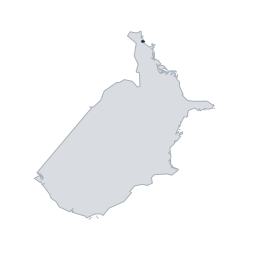 location of Sagadahoc, Maine, United States of America, rotated 283°
{"feature_id": "52423323B29513042802619", "entity_name": "Sagadahoc", "entity_type": "district", "adm_level": 2, "iso_a3": "USA", "parent_name": "United States of America", "parent_adm1": "Maine", "projection": "albers", "projection_center": [-69.847, 43.935], "detail": "fine", "context": "in_parent", "style": "filled", "palette": "slate", "viewbox_px": 256, "rotation_deg": 283, "n_neighbors": 0, "source": "geoboundaries", "source_scale": "gbopen_adm2", "svg_char_len": 4048}
<svg xmlns="http://www.w3.org/2000/svg" viewBox="0 0 256 256"><g transform="rotate(283 128 128)"><path d="M199.7,117.8L212.4,117.0L217.6,106.8L222.2,108.5L222.4,114.8L225.2,118.9L220.4,120.5L220.1,121.7L219.3,120.2L218.1,122.7L214.3,124.4L211.6,130.6L213.7,133.3L215.2,133.0L214.8,131.8L215.3,132.4L215.4,133.7L211.1,134.6L210.4,133.1L209.9,135.0L205.0,135.3L201.1,137.7L201.6,136.3L201.3,135.3L200.1,138.6L201.1,139.3L200.6,142.1L197.8,145.6L195.3,143.2L197.1,141.0L195.1,142.5L195.7,145.0L196.7,146.6L196.7,148.2L193.0,153.9L194.3,150.2L192.1,146.6L194.1,143.0L191.5,143.9L191.9,149.4L189.6,147.6L188.7,147.7L189.7,146.0L189.7,145.5L188.7,146.8L188.6,147.9L192.1,150.3L191.2,151.3L189.7,149.2L189.1,148.8L190.9,151.3L191.8,151.8L191.1,153.2L190.1,152.0L191.7,154.2L191.2,154.5L190.5,153.3L188.2,152.6L190.9,154.9L192.7,154.9L194.1,160.1L192.8,156.1L193.1,158.7L189.7,157.9L192.0,160.5L193.3,159.9L191.5,162.1L188.3,161.0L190.2,162.3L188.3,163.3L190.3,164.3L186.5,164.5L184.2,168.0L180.5,168.6L172.9,174.3L172.1,173.4L168.7,179.0L168.2,180.5L168.7,185.2L171.9,199.2L169.2,206.0L166.4,206.0L164.3,201.9L164.3,198.7L161.1,194.5L162.6,193.1L160.8,192.9L162.3,188.4L158.8,183.0L152.0,182.9L151.3,180.0L144.9,178.5L146.0,177.6L144.6,178.4L141.6,178.3L142.0,176.2L141.2,177.5L132.3,175.8L135.8,177.8L134.1,179.3L136.5,181.9L134.8,182.5L132.2,179.3L131.5,181.1L127.4,179.2L125.6,176.1L123.8,176.9L118.0,173.3L113.6,174.8L114.8,174.3L113.0,173.1L111.0,175.9L106.5,176.7L107.6,176.4L105.2,175.2L105.7,176.6L102.3,177.0L100.0,180.0L98.8,179.0L99.7,180.4L98.7,183.6L99.3,186.0L98.2,186.3L91.9,181.3L92.0,176.1L88.3,164.0L84.8,162.0L79.8,164.1L76.4,159.8L76.4,154.8L73.0,147.3L66.6,144.1L65.7,145.9L55.5,140.7L45.9,127.8L37.3,123.4L38.1,119.8L36.5,114.7L31.1,107.9L32.5,105.8L33.4,92.7L34.3,91.9L34.5,93.9L35.2,91.4L37.7,92.9L33.2,90.0L35.7,78.7L39.8,74.8L42.4,68.8L46.0,66.4L53.6,57.4L55.3,59.2L53.5,57.1L56.0,55.0L55.3,54.4L57.9,48.1L62.0,52.7L59.0,54.8L62.0,53.9L60.2,56.2L58.6,55.9L59.3,56.6L60.9,56.3L63.0,54.1L64.3,49.5L139.3,87.9L139.9,86.3L140.6,89.5L148.9,95.2L158.7,96.5L170.1,107.1L170.3,109.3L174.3,113.5L174.5,121.8L170.0,127.9L171.3,130.3L184.4,126.7L184.3,123.6L185.5,123.2L192.3,123.6L199.7,117.8ZM206.4,136.8L208.5,136.5L200.9,138.2L207.2,136.0L206.4,136.8ZM63.0,52.0L62.6,54.0L62.4,54.2L62.3,52.4L63.0,52.0ZM99.4,185.4L99.4,182.2L100.0,180.7L99.6,182.4L99.4,185.4ZM220.9,120.7L220.8,121.7L220.5,121.5L220.9,120.7ZM125.4,177.0L125.4,177.7L124.9,177.0L125.4,177.0ZM32.1,112.1L33.1,112.3L32.1,112.1ZM31.4,111.3L30.9,111.5L30.8,110.9L31.4,111.3ZM213.0,134.7L212.4,135.3L212.3,135.2L213.0,134.7ZM101.0,179.4L100.1,180.5L102.2,178.5L101.0,179.4ZM171.0,194.6L171.6,197.4L170.9,194.3L171.0,194.6ZM34.9,116.7L34.9,117.6L34.9,116.7L34.9,116.7ZM169.6,206.4L168.6,207.1L170.2,205.6L169.6,206.4ZM194.2,161.8L193.3,162.8L194.2,160.3L194.2,161.8ZM63.3,50.3L63.0,50.7L62.9,50.3L63.3,50.3ZM105.6,177.1L104.0,177.3L105.7,177.0L105.6,177.1ZM215.0,135.0L215.0,135.7L214.4,135.5L215.0,135.0ZM33.8,118.4L33.6,119.3L33.6,118.4L33.8,118.4ZM103.5,177.6L102.8,177.8L103.5,177.4L103.5,177.6ZM196.3,149.3L195.3,150.7L196.5,148.8L196.3,149.3ZM113.0,175.2L112.0,175.4L113.5,174.9L113.0,175.2ZM168.7,179.8L168.4,180.8L168.4,180.1L168.7,179.8ZM190.6,164.5L190.3,164.7L191.2,164.0L190.6,164.5ZM154.4,183.2L153.2,183.5L152.7,183.3L154.4,183.2ZM141.2,178.0L140.4,177.9L141.2,178.0ZM163.0,198.6L163.1,199.4L162.8,198.4L163.0,198.6ZM138.1,178.8L137.7,179.5L138.0,178.2L138.1,178.8ZM166.7,207.9L166.0,207.9L167.0,207.8L166.7,207.9ZM200.3,142.6L199.9,143.3L200.5,142.3L200.3,142.6ZM192.6,163.0L192.2,163.2L192.6,163.0Z" fill="#d9dde1" stroke="#a8b0b8" stroke-width="1"/><path d="M215.2,122.3L215.1,122.7L215.1,122.8L215.0,123.0L215.3,123.3L215.5,123.3L215.6,123.1L215.7,123.3L215.6,123.5L215.6,123.8L215.6,124.0L215.7,124.3L215.8,124.3L215.8,124.2L216.0,124.1L216.2,123.9L216.2,123.7L216.1,123.4L216.1,123.2L216.2,122.9L215.8,122.8L215.9,122.7L216.0,122.5L216.0,122.3L216.0,122.2L215.7,122.1L215.6,122.4L215.2,122.3Z" fill="#64748b" stroke="#1e293b" stroke-width="1.5"/></g></svg>